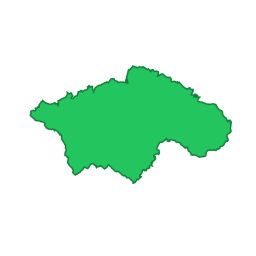 outline of Spermezeu, Bistrita-Nasaud, Romania, rotated 124°
{"feature_id": "2599482B64960666730870", "entity_name": "Spermezeu", "entity_type": "district", "adm_level": 2, "iso_a3": "ROU", "parent_name": "Romania", "parent_adm1": "Bistrita-Nasaud", "projection": "equal_earth", "projection_center": [24.161, 47.303], "detail": "fine", "context": "isolated", "style": "filled", "palette": "green", "viewbox_px": 256, "rotation_deg": 124, "n_neighbors": 0, "source": "geoboundaries", "source_scale": "gbopen_adm2", "svg_char_len": 5771}
<svg xmlns="http://www.w3.org/2000/svg" viewBox="0 0 256 256"><g transform="rotate(124 128 128)"><path d="M194.0,149.3L195.5,149.1L195.9,148.5L196.4,146.0L196.2,145.7L196.3,145.2L195.4,145.0L194.8,144.4L193.1,143.9L192.8,144.1L192.3,143.4L191.6,143.0L189.6,143.0L187.8,142.2L185.7,142.3L185.5,142.6L184.8,142.4L184.8,141.6L184.5,141.1L184.3,139.3L184.0,138.7L182.0,138.4L179.1,138.9L177.1,137.1L177.2,135.8L177.5,135.2L176.9,133.4L177.4,133.4L177.5,133.2L177.8,133.1L178.5,132.0L177.6,131.9L176.5,130.9L176.4,130.5L175.8,130.3L175.1,129.6L174.8,129.8L174.4,129.1L175.1,124.6L173.9,124.0L171.9,123.5L169.7,123.8L169.5,123.1L169.7,120.7L170.4,118.8L170.4,117.8L170.7,116.0L171.1,115.0L170.9,113.7L170.6,113.0L169.7,112.3L169.5,111.6L169.5,110.3L170.3,106.0L170.0,104.5L169.4,104.4L169.3,104.0L169.3,103.0L169.9,101.0L168.8,99.6L168.8,98.1L169.3,97.2L169.1,96.5L169.9,93.5L170.9,92.9L170.8,92.7L169.5,92.5L169.5,91.8L168.2,91.6L166.0,91.8L165.2,91.4L165.2,90.6L162.8,90.3L161.3,89.7L160.9,89.8L161.3,90.9L160.4,91.9L159.4,91.4L157.4,91.5L154.5,92.3L154.0,90.1L153.0,90.4L152.8,89.1L151.7,89.6L150.8,89.6L150.6,88.9L149.1,87.8L148.5,88.6L148.1,88.4L147.5,88.8L147.1,88.8L146.3,88.2L145.9,86.9L145.5,87.8L143.5,88.4L143.8,89.1L143.3,89.2L142.3,88.7L142.1,89.2L140.1,88.1L138.2,88.0L138.1,88.7L137.5,88.7L137.5,89.4L136.6,89.5L137.2,90.4L136.8,91.1L135.3,90.9L132.7,89.3L132.8,87.9L131.2,87.9L130.8,88.7L129.2,89.7L129.8,91.7L128.9,92.8L124.2,93.5L121.7,93.5L121.3,92.4L120.3,91.6L117.5,90.6L117.2,90.3L116.4,90.4L115.2,90.2L115.6,89.5L115.7,88.5L116.2,88.4L116.0,88.0L116.8,87.9L116.5,87.2L116.2,86.4L115.3,86.1L114.6,86.8L113.3,85.4L113.2,84.7L112.7,83.1L112.1,82.0L112.7,80.3L111.3,76.9L111.4,75.8L112.0,75.3L112.2,74.5L112.1,72.9L112.3,71.3L112.7,70.4L112.6,69.1L110.6,68.3L112.5,66.1L113.3,64.7L113.2,63.5L113.4,62.7L113.9,61.6L115.0,60.4L114.5,60.0L114.2,58.8L113.2,58.3L113.0,57.8L112.6,55.6L112.2,52.4L110.4,50.8L109.0,48.7L107.4,48.1L103.8,49.6L102.1,49.4L101.0,48.3L100.1,47.7L99.7,46.1L98.7,45.2L98.5,44.5L97.9,44.1L97.7,42.9L97.3,42.4L96.1,42.4L95.7,42.0L95.2,42.0L94.9,41.8L94.8,41.2L93.5,40.6L92.6,41.1L91.9,41.0L91.2,40.6L90.2,39.6L88.5,39.1L85.8,39.6L84.7,39.3L83.8,39.5L83.7,38.7L83.4,38.2L81.9,38.2L81.1,39.5L80.8,39.5L80.4,39.9L79.7,41.6L77.6,42.0L74.9,40.8L73.3,40.6L70.9,43.0L65.8,45.5L66.2,46.3L64.9,46.4L64.8,46.9L65.0,47.2L65.0,47.6L64.7,47.7L64.6,47.9L65.0,48.1L65.5,49.1L66.2,48.7L67.0,48.9L65.0,52.5L64.7,55.5L64.3,56.4L63.5,57.4L62.0,58.6L61.5,59.5L61.4,60.1L62.0,62.6L61.1,65.2L60.7,65.8L60.5,67.2L59.7,67.5L59.6,68.9L60.3,70.8L62.1,72.8L63.0,73.4L63.0,74.2L63.2,74.3L63.2,74.6L63.7,75.2L64.1,76.1L65.2,81.1L66.3,83.2L66.7,85.1L66.2,85.7L64.5,86.1L62.3,85.8L63.4,87.9L62.5,87.7L63.9,88.6L61.7,88.7L64.2,89.9L65.2,90.6L64.1,90.7L62.3,90.1L62.2,90.6L62.5,90.8L62.5,91.4L63.4,91.5L64.1,92.0L65.2,94.1L60.9,94.7L60.9,95.4L59.7,95.6L61.1,98.0L60.1,99.2L60.4,99.8L61.0,99.9L62.4,100.4L63.0,102.1L63.0,103.7L63.1,104.2L62.7,104.8L62.8,105.9L61.5,111.2L62.9,111.6L63.0,111.8L62.1,112.7L62.2,113.0L62.5,113.0L63.1,113.5L63.3,114.0L63.1,114.9L63.8,116.2L65.3,117.8L64.9,118.6L63.0,119.9L62.8,121.0L62.5,121.5L63.1,122.4L63.9,122.9L64.2,124.6L64.3,125.5L63.8,129.2L63.9,129.6L64.7,130.6L67.7,131.8L68.3,132.4L66.5,132.7L65.6,133.5L64.7,133.9L64.5,134.3L64.7,135.7L65.9,137.3L66.2,138.0L66.2,139.1L65.7,139.8L66.0,140.3L66.4,140.3L67.2,141.2L67.4,140.5L68.4,140.4L68.5,140.8L67.6,144.1L68.8,144.8L68.7,146.9L68.9,149.2L68.8,149.8L70.0,150.5L70.9,152.7L73.1,154.4L73.0,155.5L73.6,156.8L74.0,158.7L75.1,158.4L77.3,159.1L77.5,158.8L77.8,158.7L78.8,159.1L79.1,160.0L80.4,159.9L82.6,158.8L83.5,158.7L83.9,158.3L85.4,158.0L87.4,157.2L87.9,156.2L88.9,155.3L89.0,155.6L88.2,156.6L89.0,156.8L90.3,156.1L89.8,154.0L90.9,153.3L91.5,154.6L91.8,156.0L92.6,157.2L92.7,157.9L93.4,158.6L93.9,159.7L95.6,161.5L95.3,163.1L96.1,165.3L95.1,166.8L95.0,167.3L96.8,169.5L101.5,169.6L101.6,171.4L102.6,171.6L103.4,172.6L105.7,173.5L106.2,174.1L107.5,174.3L108.6,175.8L110.8,177.0L113.3,177.6L117.4,176.6L115.7,178.9L113.5,180.7L114.1,181.7L115.3,182.5L114.7,183.4L114.8,184.0L115.8,183.8L116.6,184.5L117.2,183.4L118.0,183.6L118.3,183.3L119.9,183.8L120.3,184.3L120.6,185.0L123.6,186.0L122.9,187.0L123.5,187.5L123.3,188.0L125.1,188.7L125.8,189.5L126.8,188.9L129.7,188.2L131.4,189.7L134.3,190.2L134.8,190.6L135.0,191.4L134.6,192.0L132.5,191.8L132.2,192.0L131.5,193.6L130.7,194.3L130.8,194.9L131.1,195.2L132.1,195.4L132.4,195.8L132.6,196.2L132.5,198.2L134.0,197.0L136.1,197.0L136.9,196.6L138.2,197.5L141.0,199.2L141.4,199.2L142.5,200.1L143.1,199.9L143.8,200.1L144.3,201.1L146.1,200.0L146.9,199.2L148.4,198.6L147.5,200.7L148.7,201.3L148.0,202.2L147.9,202.7L150.0,204.0L151.7,205.5L152.1,206.1L153.1,209.9L153.2,212.5L152.9,214.2L154.1,214.0L154.2,214.3L154.9,214.6L156.0,214.3L157.1,214.6L159.0,214.5L159.2,214.1L159.8,213.9L159.8,213.7L160.2,213.4L161.2,214.7L162.2,214.3L163.1,215.1L163.2,215.8L163.4,215.9L163.6,215.8L163.9,215.0L164.6,214.6L165.4,214.4L165.8,214.8L165.9,215.4L167.0,217.2L168.4,217.8L168.9,217.7L169.7,217.0L172.2,216.0L172.6,214.2L172.8,210.9L173.5,209.3L173.2,208.6L173.2,207.9L172.1,206.8L172.1,206.3L171.3,204.6L171.5,203.7L170.9,202.8L170.4,201.1L170.4,200.2L170.5,199.7L172.3,198.7L172.7,197.7L172.9,196.7L173.7,195.9L173.3,195.0L173.5,193.7L172.3,191.5L172.0,190.3L170.9,189.8L170.6,188.1L171.4,187.8L171.3,187.2L170.2,186.7L170.2,183.8L170.7,183.6L170.7,183.2L171.0,182.8L171.0,181.3L171.9,181.0L171.8,180.5L171.0,180.1L171.2,179.3L174.2,176.7L176.4,172.0L177.0,171.3L177.0,170.6L177.2,170.1L179.6,168.6L180.7,166.9L181.8,166.5L182.7,166.6L184.6,165.8L186.0,164.8L185.8,164.2L185.4,163.5L186.2,162.0L186.0,161.2L186.1,160.7L190.3,158.7L190.8,157.9L191.7,156.0L192.4,152.8L192.4,152.3L194.0,149.3Z" fill="#22c55e" stroke="#15803d" stroke-width="1.5"/></g></svg>